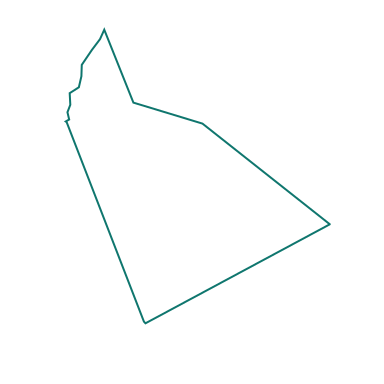 the district of Belvedere, Soufrière, Saint Lucia, rotated 13°
{"feature_id": "8701671B91352204106029", "entity_name": "Belvedere", "entity_type": "district", "adm_level": 2, "iso_a3": "LCA", "parent_name": "Saint Lucia", "parent_adm1": "Soufrière", "projection": "mercator", "projection_center": [-61.019, 13.835], "detail": "fine", "context": "isolated", "style": "outline", "palette": "teal", "viewbox_px": 384, "rotation_deg": 13, "n_neighbors": 0, "source": "geoboundaries", "source_scale": "gbopen_adm2", "svg_char_len": 401}
<svg xmlns="http://www.w3.org/2000/svg" viewBox="0 0 384 384"><g transform="rotate(13 192 192)"><path d="M333.4,192.4L332.8,192.1L186.8,123.0L114.8,118.1L70.0,53.6L68.0,63.7L62.5,76.1L56.0,92.9L58.2,104.1L58.2,115.4L50.6,123.2L53.8,134.4L52.7,142.3L56.0,149.0L53.1,151.7L54.2,152.2L174.3,329.1L176.2,330.4L332.7,193.2L333.3,192.7L333.4,192.4Z" fill="none" stroke="#0f766e" stroke-width="2"/></g></svg>